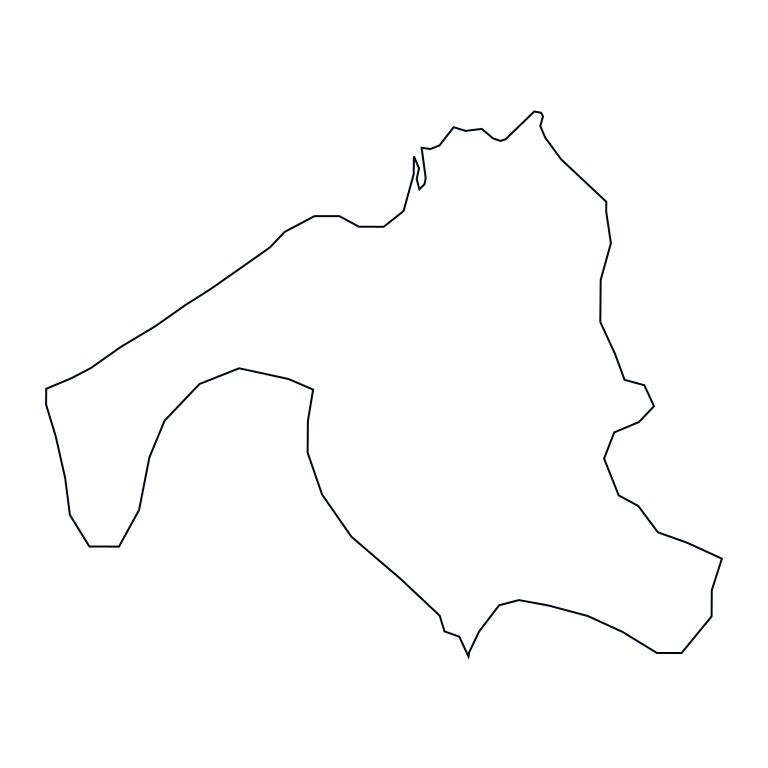 Anbyon, Kangwŏn-do, North Korea
{"feature_id": "82179303B46901799029181", "entity_name": "Anbyon", "entity_type": "district", "adm_level": 2, "iso_a3": "PRK", "parent_name": "North Korea", "parent_adm1": "Kangwŏn-do", "projection": "mercator", "projection_center": [127.527, 39.017], "detail": "fine", "context": "isolated", "style": "outline", "palette": "ink", "viewbox_px": 768, "rotation_deg": 0, "n_neighbors": 0, "source": "geoboundaries", "source_scale": "gbopen_adm2", "svg_char_len": 1210}
<svg xmlns="http://www.w3.org/2000/svg" viewBox="0 0 768 768"><path d="M46.2,388.8L46.1,404.6L55.7,436.2L65.2,478.2L69.9,515.0L89.4,546.5L119.0,546.6L139.1,509.9L149.4,457.4L164.6,420.7L199.5,384.0L239.1,368.3L288.5,379.0L313.1,389.6L307.9,421.1L307.6,452.6L322.1,494.6L351.4,536.7L375.9,557.8L400.5,578.8L439.7,615.7L444.5,631.4L459.3,636.7L468.5,656.5L469.1,652.5L479.1,631.5L499.1,605.3L518.9,600.1L548.5,605.5L588.0,616.1L622.5,631.9L656.9,653.0L681.6,653.0L711.6,616.4L711.8,590.2L721.9,558.7L687.5,542.9L657.9,532.3L638.3,506.0L618.7,495.4L604.1,458.6L614.2,432.4L639.0,422.0L654.0,406.2L644.3,385.2L624.6,379.9L614.9,353.6L600.3,322.0L600.5,301.0L600.7,279.9L610.9,243.2L606.2,211.6L606.3,201.8L561.2,159.4L545.2,137.6L540.3,126.1L543.0,116.4L540.9,112.7L534.3,111.5L505.4,139.4L500.4,140.9L493.0,138.4L481.8,128.9L465.6,130.9L453.7,127.2L440.2,144.5L439.6,145.4L430.5,149.0L421.6,147.8L425.7,177.9L424.5,184.2L419.4,189.3L416.7,178.9L419.0,168.3L413.9,156.4L413.7,174.2L403.6,211.0L383.7,226.8L358.9,226.7L339.3,216.1L314.5,216.1L284.8,231.8L269.8,247.5L240.0,268.5L210.1,289.4L185.3,305.1L155.5,326.1L120.7,347.0L90.9,368.0L71.0,378.4L46.2,388.8Z" fill="none" stroke="#020617" stroke-width="2"/></svg>